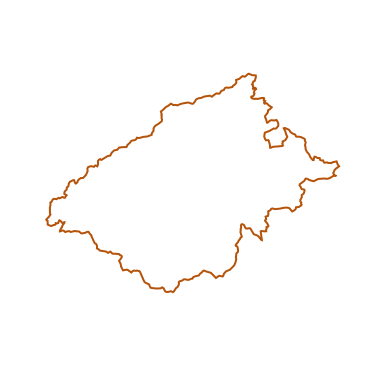 Hoai An, Bình Định, Vietnam (Mercator projection), rotated 68°
{"feature_id": "81297802B64656263356693", "entity_name": "Hoai An", "entity_type": "district", "adm_level": 2, "iso_a3": "VNM", "parent_name": "Vietnam", "parent_adm1": "Bình Định", "projection": "mercator", "projection_center": [108.89, 14.347], "detail": "fine", "context": "isolated", "style": "outline", "palette": "amber", "viewbox_px": 384, "rotation_deg": 68, "n_neighbors": 0, "source": "geoboundaries", "source_scale": "gbopen_adm2", "svg_char_len": 5994}
<svg xmlns="http://www.w3.org/2000/svg" viewBox="0 0 384 384"><g transform="rotate(68 192 192)"><path d="M102.2,178.5L103.2,181.9L103.4,184.3L105.1,188.5L105.7,190.7L108.8,191.0L109.2,191.6L110.4,191.6L111.5,192.4L113.7,192.7L115.1,193.6L116.3,197.8L116.8,201.1L117.7,202.7L118.9,204.0L120.7,204.6L122.5,207.3L123.9,208.0L123.8,212.5L122.6,216.7L122.3,220.1L122.0,221.1L121.0,222.8L122.1,223.9L122.4,224.9L122.4,226.3L121.8,228.3L122.0,229.4L123.1,231.1L124.2,234.2L125.8,235.9L124.0,240.7L123.9,241.9L123.5,242.9L124.8,245.3L124.3,248.8L125.5,251.7L127.6,254.1L127.1,256.9L128.3,263.8L128.1,264.3L127.1,264.8L127.2,266.2L128.0,267.6L130.8,268.5L132.2,269.6L132.7,270.3L131.3,271.4L131.3,272.3L131.9,273.6L130.7,275.1L130.0,276.7L130.1,279.2L131.2,280.3L133.5,280.9L136.4,283.8L138.2,287.7L137.4,289.9L138.1,292.5L138.7,293.5L140.0,294.7L140.6,295.9L140.6,296.7L139.7,297.0L136.8,296.9L136.5,297.8L136.8,301.4L138.0,303.0L140.5,304.6L140.7,306.0L141.1,306.5L142.8,307.3L143.7,309.5L144.3,310.3L145.9,311.1L148.0,309.5L149.7,312.1L149.5,312.7L148.2,313.7L148.1,314.4L148.3,317.0L147.4,317.9L147.9,320.3L146.8,322.2L146.6,323.2L146.7,323.8L148.6,326.1L148.7,327.3L151.1,328.1L153.5,329.8L154.8,330.1L155.7,330.7L157.4,331.1L158.1,331.6L159.9,331.7L161.5,334.1L162.9,337.4L163.4,337.5L164.6,336.7L168.2,338.0L170.6,335.6L170.9,334.9L170.7,333.3L171.1,331.1L170.8,330.5L169.8,330.0L170.7,328.4L170.7,327.7L168.9,326.2L168.6,325.5L169.4,324.8L172.1,323.8L172.5,323.0L172.1,321.9L172.2,321.5L172.8,321.8L174.4,324.5L176.2,326.0L176.7,327.2L178.5,329.0L179.0,329.2L179.2,326.4L179.8,325.4L181.7,324.5L181.7,322.6L182.2,320.7L183.7,319.3L184.2,315.4L185.6,313.1L185.8,312.3L186.4,311.5L188.6,310.3L189.2,309.7L189.8,306.1L189.7,303.8L190.2,302.8L192.5,302.4L194.3,301.5L195.5,301.8L203.0,301.4L204.0,300.5L204.8,300.2L206.5,300.3L208.7,301.3L209.7,300.3L211.8,299.4L215.0,294.0L217.0,292.6L216.7,290.0L219.3,288.9L222.0,283.2L222.4,282.8L223.4,282.5L224.5,281.3L225.7,281.3L226.6,282.0L228.5,285.4L232.0,285.1L234.6,285.7L238.8,285.3L239.5,282.0L240.0,280.9L243.9,278.4L243.1,276.7L243.0,275.6L244.1,273.5L244.2,272.5L245.6,270.5L246.7,270.1L255.8,269.9L257.7,269.7L258.7,269.1L261.5,266.5L265.2,266.3L266.4,264.5L268.4,260.6L269.6,257.0L269.2,255.5L270.8,254.3L273.5,254.2L274.5,253.8L275.2,253.0L275.8,251.3L276.1,248.7L277.7,247.2L277.4,246.0L275.2,243.0L274.6,240.9L273.9,240.0L272.7,238.7L270.6,238.0L270.2,237.3L270.4,234.2L269.9,232.0L272.2,228.2L272.2,225.0L272.5,224.0L271.6,223.1L271.4,222.5L271.4,220.0L272.0,217.1L270.9,215.4L270.2,213.0L269.3,211.3L269.3,210.3L270.6,209.1L274.1,204.7L280.7,202.0L279.9,198.7L280.0,197.8L281.3,196.1L281.8,195.0L281.3,194.2L279.8,193.2L278.3,190.1L278.3,186.0L275.9,180.4L273.1,177.7L270.9,176.1L268.9,175.8L268.0,175.1L265.9,174.1L265.4,173.5L264.7,171.8L263.3,171.1L260.2,170.4L259.4,170.5L258.6,171.4L257.7,171.5L256.7,170.2L255.9,168.4L254.5,166.8L253.4,164.8L252.5,164.1L252.4,162.9L252.1,162.6L247.2,162.1L245.6,161.0L244.6,160.9L244.0,160.1L241.2,159.0L240.6,158.3L240.5,157.9L240.9,157.1L242.0,156.2L245.9,155.8L246.6,154.4L247.0,152.5L247.6,151.6L254.3,150.5L257.0,147.6L257.9,147.0L262.4,145.7L262.8,145.2L254.2,143.1L254.2,142.2L255.6,139.6L256.2,137.9L254.6,137.4L253.8,136.4L252.4,136.1L252.6,134.5L252.2,134.0L251.9,133.8L249.2,134.0L246.3,135.0L245.7,134.9L245.0,133.4L242.4,133.0L242.6,130.5L240.9,129.3L238.8,128.8L238.5,128.6L238.2,126.1L237.3,124.9L237.3,123.7L239.0,121.4L240.3,117.0L241.0,112.9L241.9,110.1L242.9,108.4L243.8,107.7L247.6,106.4L247.5,105.1L246.9,102.7L246.1,101.8L245.1,101.2L245.9,98.5L245.4,95.9L244.9,95.1L243.7,95.3L242.7,94.6L241.3,95.1L239.9,94.5L238.2,92.3L236.1,91.5L235.8,91.1L235.5,89.5L234.8,88.5L232.7,87.0L231.7,87.1L230.4,89.2L230.0,89.3L228.4,89.3L226.4,89.8L225.7,89.6L225.1,88.9L223.7,83.6L222.3,81.9L222.2,81.3L223.2,79.9L224.5,79.1L225.6,77.8L227.6,75.2L227.2,70.1L229.1,64.1L230.0,62.8L230.6,60.9L230.6,58.5L230.0,54.8L230.9,52.8L230.8,52.6L229.8,53.5L228.8,53.8L227.5,54.0L225.5,52.1L224.9,51.2L224.1,49.4L223.3,46.0L221.0,46.6L217.8,46.5L217.1,50.4L217.4,52.1L216.5,53.5L216.2,54.8L215.1,55.7L214.5,58.2L213.7,58.6L211.9,58.6L211.1,60.4L210.2,61.2L208.4,60.9L207.5,62.9L205.9,64.0L205.2,64.9L205.4,65.6L208.0,67.3L207.6,68.1L204.1,69.2L200.9,69.3L197.6,70.5L194.8,70.6L192.1,69.7L191.3,69.9L188.6,68.0L186.6,68.1L185.5,67.6L184.9,67.7L182.0,70.3L180.6,72.4L180.0,74.2L179.5,74.7L177.5,74.8L174.9,77.3L173.4,78.2L170.7,78.7L167.4,81.9L167.3,83.0L171.0,82.8L174.1,83.1L176.3,82.9L178.0,84.7L178.9,86.0L179.1,89.1L180.4,89.4L181.1,90.2L183.0,90.3L183.1,91.4L180.4,100.1L180.5,102.4L180.2,103.0L177.8,102.2L172.9,101.6L172.6,101.7L171.8,104.0L170.8,104.3L169.0,104.4L167.5,104.2L164.3,102.3L164.4,97.2L163.8,93.0L163.8,92.3L164.5,91.0L164.5,90.0L163.1,87.3L161.1,86.4L159.0,86.3L156.9,86.7L156.5,88.9L155.1,91.7L155.1,93.2L156.0,95.7L156.0,96.3L155.7,96.5L152.2,96.1L149.9,96.2L149.0,95.8L146.9,92.3L146.0,91.4L144.8,91.0L144.3,88.5L143.3,86.3L140.5,88.3L137.9,89.4L137.5,90.0L137.3,91.6L137.0,91.8L136.2,91.7L135.1,90.1L134.0,91.2L133.4,91.0L132.6,90.1L131.9,90.1L131.5,90.5L130.9,92.4L130.3,96.5L129.4,97.7L129.1,99.5L128.0,100.6L127.5,101.5L126.8,101.7L125.8,101.3L125.9,99.5L125.7,98.7L124.2,97.2L123.2,97.5L122.5,96.8L121.7,96.5L120.8,95.2L120.6,94.0L119.7,94.0L118.9,94.7L119.2,96.7L118.7,96.7L118.0,95.8L117.0,96.0L115.6,95.5L114.9,95.9L114.7,95.3L113.9,95.2L113.0,93.9L112.5,93.7L112.5,92.3L112.3,92.0L109.3,89.7L107.8,89.2L106.1,92.6L103.6,95.0L103.7,96.3L104.9,99.6L104.9,99.9L103.7,101.3L103.5,102.0L104.8,105.8L104.6,109.1L107.2,109.9L108.2,111.3L109.0,114.5L109.8,115.3L109.0,119.2L108.0,121.1L107.9,121.9L108.1,122.8L109.4,124.3L109.2,126.9L111.0,129.4L110.8,130.6L109.7,132.4L110.5,136.2L111.1,137.5L111.0,137.9L109.4,139.4L108.1,144.8L108.2,148.4L107.6,150.4L107.6,152.4L107.7,153.5L109.3,155.5L110.5,157.8L110.4,158.5L109.2,160.2L107.9,161.5L107.4,162.7L106.3,168.0L106.1,170.8L106.2,173.1L105.3,174.2L104.3,176.8L102.2,178.5Z" fill="none" stroke="#b45309" stroke-width="2"/></g></svg>